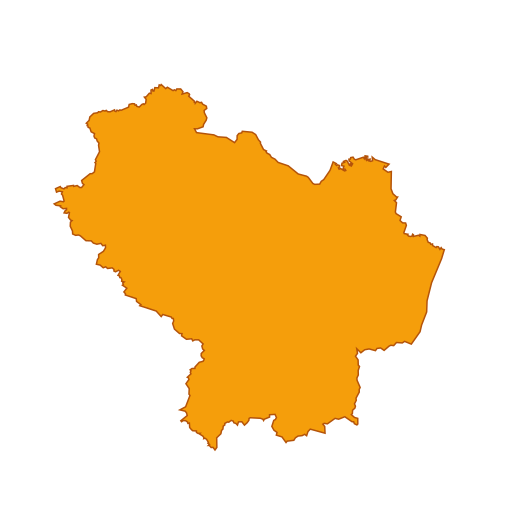 outline of Basilicata, Matera, Italy, rotated 347°
{"feature_id": "23120603B59117294159851", "entity_name": "Basilicata", "entity_type": "district", "adm_level": 2, "iso_a3": "ITA", "parent_name": "Italy", "parent_adm1": "Matera", "projection": "natural_earth1", "projection_center": [16.009, 40.517], "detail": "fine", "context": "isolated", "style": "filled", "palette": "amber", "viewbox_px": 512, "rotation_deg": 347, "n_neighbors": 0, "source": "geoboundaries", "source_scale": "gbopen_adm2", "svg_char_len": 6043}
<svg xmlns="http://www.w3.org/2000/svg" viewBox="0 0 512 512"><g transform="rotate(347 256 256)"><path d="M145.7,399.6L146.2,400.7L147.8,400.0L150.3,400.6L151.9,402.3L152.0,403.8L153.5,403.8L152.8,408.2L154.0,410.6L155.0,412.0L158.6,413.1L158.3,414.5L159.6,415.8L161.5,416.2L160.8,416.6L163.7,419.5L164.4,421.4L164.0,422.2L165.3,422.1L166.6,423.5L167.7,426.9L167.0,427.6L168.3,429.1L167.0,429.9L167.9,430.1L169.2,432.5L171.1,432.8L172.4,435.8L174.8,433.7L176.8,424.3L181.8,421.3L183.2,418.2L184.8,417.2L185.8,414.4L187.6,413.6L187.9,412.1L190.9,411.3L192.1,411.8L194.8,410.6L196.7,411.8L196.9,413.5L198.8,414.7L199.9,416.6L201.6,413.7L204.9,414.3L206.7,418.2L209.8,416.5L212.1,414.5L212.7,412.7L214.0,412.3L223.8,415.1L226.0,416.6L226.4,418.0L227.3,416.9L233.0,416.0L233.5,413.7L238.9,414.6L239.6,418.0L238.1,419.7L236.3,420.2L233.1,425.6L234.3,429.8L236.8,432.6L235.5,435.1L240.6,438.1L243.3,444.5L244.7,443.4L251.4,444.1L253.5,442.0L256.5,440.9L260.5,441.4L263.3,440.7L264.9,442.5L267.1,438.8L269.9,436.9L283.4,444.2L284.6,437.6L283.3,434.9L284.8,434.4L287.8,435.6L296.5,432.0L299.8,433.6L306.4,432.6L312.3,439.1L313.9,439.5L314.1,441.5L316.3,443.3L317.4,442.6L318.6,437.1L315.7,435.5L313.2,432.0L314.5,431.1L315.4,428.0L318.1,426.5L319.1,424.7L318.7,422.2L321.2,419.2L321.5,417.0L326.0,411.8L326.5,409.3L327.9,407.5L326.5,399.8L326.9,397.5L328.9,395.0L329.8,390.6L332.0,386.9L331.1,385.3L332.1,380.2L330.4,376.0L333.0,373.7L333.3,369.0L336.4,373.9L340.8,371.8L345.3,372.0L351.1,375.1L353.1,373.3L356.7,373.6L359.6,376.8L365.5,373.7L367.3,373.3L370.0,374.3L373.4,371.9L379.0,373.6L381.6,372.6L387.5,376.8L398.8,366.7L401.9,360.4L409.7,348.9L412.6,338.1L421.1,321.5L436.2,300.4L440.9,292.2L438.9,291.1L438.3,289.5L436.7,290.9L435.8,288.1L434.3,287.5L433.4,288.3L430.4,285.5L430.7,284.0L428.9,283.9L428.6,282.4L426.9,281.4L426.4,278.5L427.0,277.2L425.3,274.0L420.6,271.9L420.1,273.5L419.0,272.3L413.8,272.4L414.2,270.8L413.5,270.0L412.5,271.7L411.1,271.8L409.1,270.9L408.3,269.5L408.9,269.0L405.5,267.5L405.3,266.5L409.4,260.0L409.2,257.5L406.3,256.7L404.3,253.8L406.3,250.5L402.0,246.2L401.7,244.5L404.9,235.7L403.3,233.0L404.8,232.8L407.2,230.4L406.2,230.1L403.4,226.1L402.7,220.9L406.9,204.1L403.4,204.1L399.5,199.8L401.4,197.2L402.4,198.9L406.3,196.4L393.8,188.9L391.5,185.8L391.0,189.4L388.9,189.6L388.1,189.1L389.0,187.3L387.6,187.2L387.0,188.4L386.6,188.0L387.1,186.9L386.5,186.5L385.2,187.6L384.8,186.1L385.6,185.2L384.1,184.4L383.4,185.6L382.8,183.9L374.8,184.7L373.6,183.8L372.8,181.5L370.4,181.4L369.7,182.8L368.3,182.6L368.2,184.3L370.9,187.9L369.5,189.4L369.1,187.3L368.3,187.5L368.5,189.3L367.4,188.6L366.2,184.0L365.2,183.1L362.6,183.5L363.3,184.7L360.7,184.9L359.6,187.1L361.9,188.3L360.4,190.6L362.4,191.5L362.7,192.9L361.4,193.0L358.1,189.8L356.5,190.1L356.1,188.6L357.4,188.2L357.5,186.5L355.9,185.5L355.0,186.0L354.0,184.6L355.0,184.0L352.3,181.7L347.4,189.2L339.2,196.8L336.4,197.9L334.2,200.3L329.3,199.4L327.7,198.1L324.6,191.1L323.2,189.6L315.6,185.6L307.7,175.4L298.6,169.8L296.3,165.9L293.2,163.3L292.2,160.2L289.9,158.3L289.2,156.5L289.8,156.0L287.3,154.0L285.6,147.3L286.0,146.0L284.5,143.3L283.0,137.6L280.0,134.5L270.7,131.4L269.8,132.8L266.8,132.8L264.7,134.5L263.8,138.1L260.6,140.7L253.8,133.8L245.7,131.3L242.2,128.5L225.8,122.4L224.7,118.2L227.5,118.9L233.5,118.2L234.6,115.9L238.0,112.5L239.2,110.3L237.9,104.8L238.2,102.5L241.2,101.2L241.3,98.8L238.2,96.1L237.5,94.0L235.8,94.0L233.2,91.9L231.2,93.5L231.3,92.6L230.5,92.4L230.8,91.3L226.4,85.2L227.6,83.8L227.3,82.8L225.7,81.3L220.4,81.6L221.8,79.5L220.2,76.3L216.4,75.4L215.1,76.8L213.8,75.7L212.4,76.2L207.6,71.6L205.7,72.6L202.2,67.6L201.4,68.4L200.2,67.5L198.8,70.2L195.3,69.2L193.7,72.3L192.7,72.1L192.6,70.4L191.0,70.7L190.3,74.1L188.7,73.4L184.8,76.2L183.0,76.1L184.2,78.7L182.8,82.3L181.0,83.2L180.5,82.4L179.0,82.6L175.7,84.6L173.5,83.4L173.4,81.9L172.1,81.9L171.9,80.4L169.7,79.7L166.5,79.8L165.3,82.3L157.2,83.7L156.3,83.0L154.8,83.7L153.3,82.6L152.0,83.8L150.9,82.9L151.0,81.8L146.2,82.7L143.9,82.0L142.8,80.4L141.5,80.8L139.6,79.8L136.8,80.7L135.0,80.0L133.9,80.8L129.9,80.5L125.4,83.1L123.9,86.3L120.5,88.5L121.7,89.7L120.8,91.0L121.5,91.5L121.4,92.9L122.9,93.9L123.3,97.9L126.2,100.4L125.1,102.7L125.4,104.7L127.0,106.0L127.1,108.2L128.4,110.7L127.5,112.6L127.0,119.2L121.2,126.0L121.6,127.7L120.1,128.8L120.7,129.7L117.5,137.7L114.8,138.9L112.9,138.5L103.1,143.2L103.2,146.1L104.4,147.8L101.5,150.0L99.8,149.7L97.6,147.1L94.1,147.2L94.1,146.2L87.5,145.6L87.2,147.0L85.5,146.4L84.0,147.4L81.3,145.6L80.9,144.3L75.8,145.3L76.0,148.9L78.8,148.5L81.8,149.9L80.4,151.8L81.2,153.2L81.4,159.3L80.6,159.8L77.4,158.5L71.1,159.8L72.5,161.6L76.9,163.2L76.4,164.0L78.7,166.6L82.1,167.0L81.8,168.4L80.3,168.9L78.7,170.8L81.4,171.9L83.4,171.1L84.0,171.7L82.0,176.2L83.5,179.4L84.7,180.1L82.8,181.3L81.7,185.2L82.8,190.4L82.3,193.3L84.9,195.3L87.8,195.6L89.4,196.8L93.7,202.8L98.9,204.2L100.4,206.8L103.6,208.7L107.7,208.8L109.0,211.5L111.7,211.6L111.2,214.2L108.4,217.1L103.0,219.1L102.3,222.4L100.7,223.8L98.6,228.1L102.1,229.8L104.5,233.1L107.1,232.7L108.6,234.8L113.2,235.2L114.6,237.1L114.2,238.7L115.6,239.8L118.9,239.0L120.3,240.5L117.2,243.8L118.3,244.4L118.5,246.4L119.5,246.7L120.0,248.6L119.4,250.4L121.7,251.6L120.1,252.3L120.3,254.0L119.3,254.4L122.9,258.3L119.2,261.3L120.3,263.4L119.9,264.6L129.7,270.6L129.4,273.4L132.9,277.5L131.6,278.3L146.4,287.2L150.0,293.7L152.0,292.0L159.7,296.4L160.2,298.0L161.4,298.3L161.2,300.8L159.6,303.0L160.1,308.9L164.0,314.3L166.4,315.0L165.5,317.0L169.5,321.5L174.7,322.2L175.3,324.5L177.5,323.9L181.3,324.8L184.7,329.8L183.0,331.5L183.1,334.6L184.4,336.4L180.7,338.7L180.1,340.9L180.8,343.1L182.4,344.5L181.9,345.5L180.7,346.7L176.8,346.8L171.6,350.4L171.2,351.8L168.4,351.2L166.2,352.1L166.8,353.2L165.8,354.7L166.1,356.2L161.8,358.7L162.7,359.4L162.9,361.2L159.0,364.7L161.1,370.2L159.6,375.5L160.3,377.0L153.5,387.1L147.2,388.8L152.1,391.3L153.0,393.2L153.1,396.0L145.7,399.6ZM384.8,182.9L384.3,184.2L387.2,184.7L387.3,183.9L384.8,182.9Z" fill="#f59e0b" stroke="#b45309" stroke-width="1.5"/></g></svg>